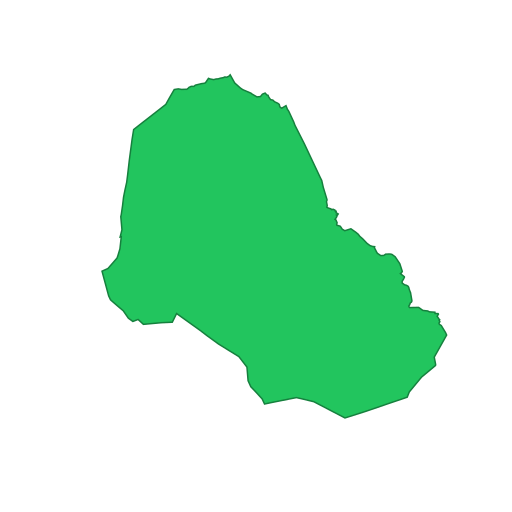 San Martín Huamelúlpam, Oaxaca, Mexico (Natural Earth projection), rotated 70°
{"feature_id": "50627088B44400770228154", "entity_name": "San Martín Huamelúlpam", "entity_type": "district", "adm_level": 2, "iso_a3": "MEX", "parent_name": "Mexico", "parent_adm1": "Oaxaca", "projection": "natural_earth1", "projection_center": [-97.612, 17.395], "detail": "fine", "context": "isolated", "style": "filled", "palette": "green", "viewbox_px": 512, "rotation_deg": 70, "n_neighbors": 0, "source": "geoboundaries", "source_scale": "gbopen_adm2", "svg_char_len": 2865}
<svg xmlns="http://www.w3.org/2000/svg" viewBox="0 0 512 512"><g transform="rotate(70 256 256)"><path d="M76.9,218.3L77.8,220.0L77.9,221.4L77.9,222.6L77.1,224.0L77.2,225.9L76.7,228.7L76.6,231.0L76.0,233.0L75.8,235.4L74.0,238.5L72.8,239.9L75.9,244.2L76.0,245.5L75.6,247.3L75.4,248.2L74.7,254.6L75.4,256.2L74.4,258.9L74.5,259.4L74.6,261.2L75.2,262.4L75.7,264.1L75.3,265.0L74.0,269.0L72.4,271.8L72.1,273.2L71.6,275.9L78.0,283.5L82.7,288.9L85.7,298.1L91.8,317.0L95.3,327.7L103.9,332.5L122.5,342.2L135.7,348.8L142.5,352.3L149.4,356.7L155.5,360.4L162.7,364.0L170.9,368.4L172.8,369.6L185.5,373.0L191.7,377.2L191.8,376.0L202.7,381.4L208.6,385.8L210.4,387.3L217.1,399.4L217.6,405.9L243.1,408.1L247.4,407.7L249.3,406.7L252.7,404.8L257.7,402.0L262.0,399.5L270.8,397.2L275.4,394.1L275.3,388.5L281.7,385.2L286.3,367.8L289.6,357.3L282.9,350.3L306.7,334.0L314.7,328.9L321.9,324.0L325.8,321.4L328.7,319.1L336.1,313.3L344.7,306.5L357.3,302.5L370.5,306.1L377.1,305.6L383.2,302.9L392.4,299.1L398.0,298.6L399.0,291.6L401.6,274.6L402.9,266.4L406.2,261.3L412.7,251.5L438.6,227.8L439.5,206.3L439.9,186.1L439.9,184.9L440.3,167.3L440.4,162.2L436.2,158.5L426.4,141.8L420.3,124.8L419.4,124.3L412.0,123.1L395.5,103.9L392.7,104.1L384.7,105.7L383.0,107.0L382.1,107.1L381.5,106.9L380.7,105.7L379.2,105.9L378.7,105.2L378.2,105.5L374.6,106.4L373.1,104.5L372.8,104.5L372.4,104.6L371.5,106.8L371.3,107.4L370.0,107.1L367.8,112.1L366.4,113.4L364.2,117.8L361.0,120.0L359.9,120.8L357.0,129.3L356.4,129.5L355.6,129.6L355.0,129.3L354.5,128.4L354.0,128.0L353.0,127.2L352.7,126.5L352.5,125.7L351.6,124.9L350.9,124.7L343.2,123.3L342.2,123.4L339.7,123.4L337.7,123.2L336.5,123.4L335.0,124.6L333.7,126.5L333.1,126.7L331.5,127.9L329.7,127.3L328.7,125.9L328.5,125.6L326.7,123.8L326.2,123.7L323.6,125.3L321.9,126.3L321.4,124.8L320.7,124.0L320.5,123.8L312.5,123.5L304.3,125.5L300.9,127.8L299.9,129.5L299.6,130.4L298.6,133.6L299.2,135.6L298.3,138.6L295.0,141.0L293.5,141.3L288.7,141.9L287.8,141.3L286.9,143.2L285.2,145.3L282.0,147.4L276.7,149.7L275.2,150.5L273.1,151.7L270.5,152.5L267.8,154.1L262.9,157.5L262.6,163.9L260.3,165.8L256.9,166.6L256.0,167.7L255.3,168.7L254.9,169.4L254.2,169.5L252.4,168.4L249.3,168.6L248.6,169.2L247.2,167.2L246.6,166.6L246.0,166.1L245.1,166.4L245.2,165.1L244.6,164.4L242.7,165.9L241.4,165.4L241.2,166.1L239.9,166.1L238.4,167.6L238.4,169.0L237.3,169.5L235.8,171.5L234.5,172.8L232.9,171.8L229.0,171.2L227.7,170.1L227.2,170.0L214.5,169.3L207.5,168.4L204.0,168.8L167.0,172.2L146.4,174.7L143.1,174.7L131.3,175.7L129.9,176.0L129.2,176.3L125.0,176.4L125.9,181.3L124.0,182.6L121.5,182.3L119.9,183.3L117.4,185.8L115.2,186.9L114.1,188.8L110.9,189.7L109.1,189.7L108.4,190.7L106.0,191.7L106.1,194.6L107.7,197.3L106.8,200.7L102.5,204.3L101.3,205.0L95.4,211.3L94.0,212.4L92.5,213.4L88.7,215.4L87.1,216.3L86.6,216.5L86.3,216.8L76.9,218.3Z" fill="#22c55e" stroke="#15803d" stroke-width="1.5"/></g></svg>